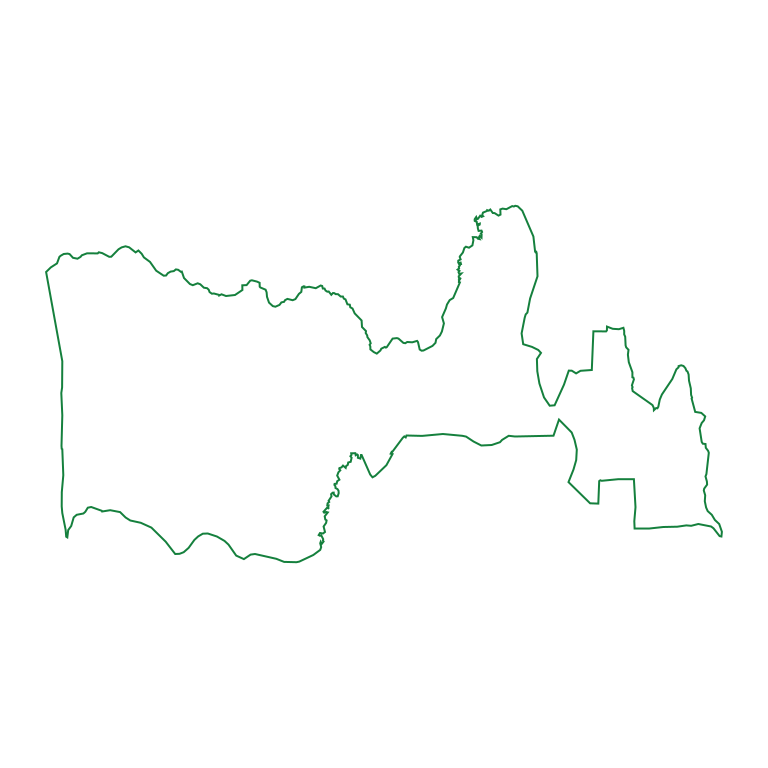 outline of Kibaha, Pwani, United Republic of Tanzania
{"feature_id": "72390352B76192804660906", "entity_name": "Kibaha", "entity_type": "district", "adm_level": 2, "iso_a3": "TZA", "parent_name": "United Republic of Tanzania", "parent_adm1": "Pwani", "projection": "natural_earth1", "projection_center": [38.677, -6.806], "detail": "fine", "context": "isolated", "style": "outline", "palette": "green", "viewbox_px": 768, "rotation_deg": 0, "n_neighbors": 0, "source": "geoboundaries", "source_scale": "gbopen_adm2", "svg_char_len": 6077}
<svg xmlns="http://www.w3.org/2000/svg" viewBox="0 0 768 768"><path d="M67.3,537.4L68.2,530.1L71.2,526.0L73.7,517.4L76.7,514.8L83.4,513.5L85.3,511.8L87.8,507.7L91.2,507.0L101.8,510.8L102.1,511.5L110.2,510.2L120.1,512.1L125.6,517.5L130.3,520.5L140.8,522.8L151.4,527.6L165.7,541.7L175.2,554.0L179.6,553.8L183.7,552.2L188.6,547.9L194.4,539.9L198.2,536.4L202.8,533.7L207.8,533.5L216.9,536.5L224.5,540.9L228.5,544.6L236.2,555.6L243.9,559.1L250.6,554.6L255.0,554.0L276.3,558.8L284.1,561.9L296.5,562.2L299.3,561.6L313.3,555.0L320.2,549.9L321.2,547.1L320.3,543.6L321.2,543.1L320.4,542.7L320.7,541.8L321.5,543.4L321.5,544.2L323.6,541.5L322.9,540.5L323.2,539.2L321.3,535.4L320.0,535.8L318.7,535.1L320.0,533.0L323.0,533.5L325.0,532.0L323.6,526.5L326.1,522.9L326.6,520.4L325.3,519.5L324.7,516.3L327.8,512.4L326.3,512.0L324.2,512.7L323.5,511.8L327.1,507.7L329.0,508.7L328.1,507.6L328.6,505.4L327.3,505.3L327.6,503.3L329.2,502.0L328.6,500.8L331.5,496.4L331.1,494.2L332.6,492.7L333.7,492.6L333.9,494.5L336.3,496.4L337.7,496.3L338.7,493.1L338.5,490.7L337.5,489.1L335.5,488.0L335.4,486.2L334.4,484.9L334.6,483.9L336.6,483.7L337.2,481.2L339.4,479.7L337.2,475.6L338.4,472.3L340.3,470.3L339.2,468.9L339.4,468.1L341.5,467.4L343.0,465.6L345.7,467.9L346.1,466.1L347.8,464.8L348.2,462.5L350.7,461.8L351.6,457.7L350.4,456.2L351.5,454.9L351.2,453.3L355.3,453.2L355.7,455.2L357.0,454.4L357.9,455.1L357.9,457.8L360.3,458.6L361.0,455.0L361.6,455.0L370.2,474.5L372.5,477.3L375.3,475.8L386.4,465.2L392.5,454.1L390.7,453.7L391.7,451.8L392.2,452.0L402.8,437.8L404.3,436.4L405.7,437.4L406.5,435.5L422.1,435.9L442.9,434.0L462.3,435.8L466.1,436.6L473.5,441.5L481.3,445.5L491.7,445.0L500.0,442.2L502.1,439.9L508.7,435.8L515.0,436.5L553.5,435.7L559.0,419.6L571.7,432.5L574.5,439.8L576.8,449.6L576.2,460.1L573.5,469.5L568.5,482.1L590.1,503.3L598.3,503.6L599.2,481.1L600.3,480.3L601.7,480.8L618.2,479.2L633.9,479.2L635.5,507.2L634.3,521.2L634.6,528.5L649.5,528.5L663.3,527.0L677.3,526.7L686.3,525.4L691.2,525.8L698.3,524.0L711.1,526.5L713.5,528.3L719.6,536.1L721.4,536.5L721.9,531.8L719.2,524.0L714.9,520.0L711.8,514.8L707.7,511.1L706.1,507.5L704.8,501.2L705.2,495.3L703.8,490.5L704.2,488.6L707.1,484.6L706.9,481.5L705.5,476.4L706.4,474.1L708.8,452.8L708.1,450.8L705.8,447.8L705.5,444.0L702.8,443.7L701.7,441.9L699.6,428.3L701.7,423.0L704.0,420.3L705.2,416.4L701.3,412.9L695.2,411.9L691.6,398.5L692.1,397.8L691.1,394.9L690.8,388.4L689.0,380.6L688.6,374.5L687.5,371.5L686.4,370.7L685.4,368.2L683.5,366.0L681.2,365.3L678.6,366.1L678.5,367.4L676.4,369.3L672.3,379.0L661.9,394.5L659.8,399.5L658.3,406.8L657.4,408.3L656.2,408.0L653.9,410.2L653.8,407.9L652.5,405.1L632.7,391.1L632.1,388.1L632.6,387.1L631.9,385.4L633.9,379.4L633.4,377.6L632.4,377.3L632.4,372.2L628.8,362.2L627.9,354.7L628.5,349.8L626.2,347.4L625.6,345.4L625.2,336.7L624.2,334.4L624.2,330.9L623.4,327.8L618.9,329.2L612.7,328.8L607.0,326.6L606.9,330.4L606.1,331.4L593.4,331.3L591.8,370.0L580.5,370.8L576.1,373.4L571.8,370.7L568.8,370.6L564.0,384.6L554.6,405.3L549.7,405.7L544.0,397.4L539.4,383.5L537.3,371.3L536.9,359.0L541.0,352.9L538.3,350.0L532.0,346.9L523.2,344.2L521.6,333.4L524.7,317.7L525.7,314.4L527.4,312.6L530.1,298.5L537.5,276.3L536.7,253.3L536.3,251.9L535.6,252.3L535.1,251.6L533.4,236.5L522.3,210.7L517.7,206.3L515.2,205.8L513.9,206.5L512.2,206.1L506.4,209.2L502.6,208.6L500.3,209.4L500.5,214.6L498.5,215.6L494.6,213.1L492.8,213.0L490.3,209.5L488.8,210.7L487.3,210.2L487.3,210.8L483.0,212.6L482.1,215.3L483.1,216.2L481.6,216.9L480.2,215.7L478.0,218.8L477.0,219.2L476.2,217.0L474.8,219.0L474.6,220.0L475.5,220.5L475.1,221.1L476.7,221.8L477.1,224.5L479.8,223.6L479.7,224.6L477.6,225.7L477.9,228.5L478.6,230.9L481.5,230.6L482.1,232.0L480.8,233.7L481.6,234.5L481.5,237.6L479.7,235.9L478.8,237.5L479.6,239.1L477.9,238.7L476.7,237.2L472.8,237.1L473.4,240.3L472.4,245.4L469.0,247.7L465.9,246.7L464.4,248.0L462.9,252.5L460.0,256.2L459.7,256.9L460.6,259.4L458.3,260.6L458.2,262.5L458.7,263.3L460.6,262.6L461.0,264.1L459.3,264.6L459.8,265.6L458.8,266.8L459.1,268.4L457.6,269.6L459.5,270.9L458.5,272.1L459.2,273.8L461.3,273.5L458.7,276.3L458.9,277.9L459.8,278.2L459.3,279.1L460.0,279.1L459.0,280.7L458.9,282.1L459.9,282.4L453.2,298.0L449.7,300.1L447.0,304.5L445.9,308.4L442.1,317.1L443.9,323.4L441.9,331.5L439.9,335.5L436.2,339.1L435.5,342.8L432.5,345.9L423.5,350.5L421.6,350.7L419.7,349.5L418.0,342.1L417.1,340.9L412.3,342.3L407.2,342.0L405.3,343.2L403.4,342.9L398.5,338.6L396.9,338.1L392.6,338.6L386.8,347.1L385.9,347.6L384.9,346.9L381.3,348.7L380.4,350.5L376.8,353.6L373.8,352.1L370.4,349.4L370.3,346.3L369.6,344.8L370.7,343.3L369.7,340.3L367.4,337.1L367.2,335.4L365.7,333.0L366.0,331.1L362.0,327.0L361.6,320.5L354.7,313.4L352.5,308.5L350.3,307.3L349.8,304.7L347.4,304.3L345.5,299.4L343.8,298.6L342.9,296.5L340.6,296.5L338.0,294.2L335.5,294.1L334.5,293.2L333.0,293.0L331.3,294.8L328.7,291.5L327.3,291.7L325.5,290.5L324.5,288.5L322.8,288.5L322.2,286.0L320.7,285.5L315.8,288.2L309.2,286.8L304.4,287.6L304.4,286.4L303.6,286.3L301.9,287.3L301.3,291.9L298.9,293.9L295.4,299.1L292.7,300.2L287.4,298.9L285.0,300.2L284.1,301.8L281.4,302.4L279.5,304.9L275.4,306.7L272.8,306.1L269.0,302.6L267.0,296.8L266.6,292.3L265.6,289.7L260.4,287.5L259.7,286.7L259.6,282.8L257.0,281.6L251.9,280.3L250.2,280.7L246.6,285.1L242.3,285.3L242.4,290.0L235.0,295.0L226.0,296.0L221.5,294.3L219.2,295.5L219.1,294.9L213.9,293.5L211.9,293.7L209.6,292.1L208.7,289.7L207.1,288.2L203.9,287.7L200.3,284.3L197.7,283.3L192.8,285.2L189.9,284.0L184.0,278.0L181.8,271.6L181.0,271.9L178.2,269.8L175.9,269.4L173.8,271.1L170.6,271.6L167.8,273.2L166.1,275.5L163.7,275.7L156.2,270.7L150.0,261.9L143.9,257.4L141.7,253.8L138.4,250.5L135.6,252.4L129.1,247.3L125.5,246.3L121.6,247.4L118.5,249.3L111.3,256.7L109.2,256.8L102.2,253.1L98.8,252.3L97.7,253.4L87.1,253.3L81.8,255.3L80.5,256.9L77.5,258.7L73.0,257.8L69.6,254.1L67.7,253.6L63.7,254.0L60.6,255.8L59.4,256.9L57.0,263.4L50.8,267.4L46.1,272.0L62.3,361.2L62.1,387.4L61.3,393.0L62.3,415.3L61.5,445.9L61.7,448.8L62.3,449.2L63.3,475.2L61.8,492.1L61.7,506.3L62.3,513.1L65.6,529.6L66.2,536.7L67.3,537.4Z" fill="none" stroke="#15803d" stroke-width="2"/></svg>